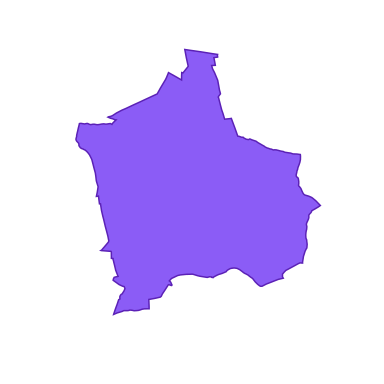 the district of Calafindesti, Suceava, Romania, rotated 106°
{"feature_id": "2599482B65391270608519", "entity_name": "Calafindesti", "entity_type": "district", "adm_level": 2, "iso_a3": "ROU", "parent_name": "Romania", "parent_adm1": "Suceava", "projection": "albers", "projection_center": [26.102, 47.86], "detail": "fine", "context": "isolated", "style": "filled", "palette": "violet", "viewbox_px": 384, "rotation_deg": 106, "n_neighbors": 0, "source": "geoboundaries", "source_scale": "gbopen_adm2", "svg_char_len": 4983}
<svg xmlns="http://www.w3.org/2000/svg" viewBox="0 0 384 384"><g transform="rotate(106 192 192)"><path d="M331.3,233.6L330.4,232.5L328.8,230.5L328.3,229.7L327.8,228.9L326.7,227.2L325.7,225.7L325.0,225.2L324.8,224.7L323.8,221.2L323.3,220.1L322.7,219.3L322.4,218.2L322.2,216.7L322.1,214.9L321.1,212.1L320.5,210.7L319.5,209.1L318.4,207.6L317.4,205.4L316.7,203.1L316.1,201.0L313.2,201.9L307.2,203.9L304.6,198.6L301.8,193.5L300.7,192.8L298.2,192.4L293.8,191.0L289.8,189.8L287.8,189.2L287.5,188.8L287.5,187.3L287.6,186.3L287.5,185.8L286.9,185.6L286.4,186.0L285.8,186.6L285.4,186.9L284.6,187.5L284.1,188.3L283.7,189.3L280.8,187.9L276.2,182.7L274.9,180.3L273.9,177.8L272.6,174.5L272.0,172.5L270.9,169.1L270.8,168.2L270.9,163.7L270.8,161.3L269.9,153.8L269.4,153.0L269.1,152.5L268.6,151.8L268.6,151.5L268.3,150.0L268.3,149.6L268.6,149.5L268.5,148.6L268.5,148.1L267.7,147.7L266.3,146.3L264.8,144.7L263.6,143.2L263.1,142.3L261.9,140.5L259.2,137.2L258.6,137.0L257.5,136.5L255.3,134.4L254.6,133.3L253.8,131.5L253.4,130.5L253.1,128.5L253.0,127.6L253.5,124.8L254.7,121.6L255.3,120.3L255.7,118.8L255.9,117.4L256.4,115.2L256.9,114.1L257.7,112.1L258.2,110.5L258.9,109.2L259.7,108.2L261.0,106.4L262.6,103.5L263.6,101.0L263.7,100.0L263.3,98.7L260.0,95.2L256.9,91.1L252.3,85.1L249.7,80.5L248.9,81.3L248.2,81.8L247.2,82.0L245.9,82.4L245.2,82.0L243.8,81.4L241.5,80.2L239.7,78.3L234.6,73.1L231.8,70.3L230.5,68.8L230.2,67.9L230.0,66.8L229.9,66.4L229.8,66.1L228.9,66.4L224.8,66.9L223.4,67.1L222.5,67.1L219.4,67.0L217.9,67.0L215.1,66.5L214.3,66.2L213.4,66.3L210.5,66.9L208.4,67.8L207.5,68.2L206.5,68.5L205.3,69.5L204.6,69.9L202.6,70.6L201.9,70.8L201.1,71.0L199.5,71.3L198.6,71.4L197.8,71.5L196.4,71.5L194.8,71.8L193.5,72.1L191.9,73.0L191.1,73.2L190.0,73.2L186.7,72.7L185.9,72.6L184.6,72.6L183.6,72.8L182.9,73.2L182.0,73.2L181.6,73.2L180.6,72.8L179.1,72.0L177.9,71.7L177.4,71.7L177.0,71.7L173.5,68.3L171.6,66.5L169.6,64.9L166.4,70.4L164.8,74.0L164.3,75.3L164.1,76.4L163.8,78.8L163.8,80.7L163.8,82.2L163.7,83.1L163.3,84.0L162.5,85.0L160.6,86.7L158.6,88.3L157.4,89.9L156.7,91.1L156.1,91.5L154.8,91.6L152.4,92.3L150.0,93.4L149.2,94.0L148.6,95.5L148.0,96.2L146.7,96.6L144.3,96.7L142.8,96.9L141.2,96.7L139.5,96.9L136.2,96.6L133.7,96.5L131.0,96.7L127.6,97.6L126.1,98.2L126.6,101.7L127.5,105.2L127.5,106.6L127.4,107.9L127.7,109.8L127.9,111.5L128.2,113.8L127.9,115.6L128.0,116.2L128.2,118.0L128.2,120.0L128.3,122.6L128.7,124.4L129.1,125.1L129.1,125.9L128.9,127.6L129.1,128.9L129.0,129.8L128.9,130.7L129.0,131.5L128.8,132.7L128.6,134.0L128.1,135.1L127.7,136.8L127.1,139.2L126.4,142.1L125.5,144.5L125.4,147.7L125.3,149.4L125.1,150.2L125.1,151.1L126.0,152.0L126.2,153.3L126.3,154.7L126.0,155.8L125.9,156.7L125.6,157.2L125.3,157.6L125.4,158.5L125.6,159.0L125.7,159.5L125.6,160.7L125.5,161.8L125.6,162.7L125.7,163.4L119.1,168.1L110.4,174.5L110.6,174.9L111.2,176.2L113.0,180.7L108.1,183.8L104.7,186.2L101.0,188.4L95.0,191.9L93.8,192.6L93.5,193.0L92.1,192.6L89.8,191.7L88.0,192.7L86.6,193.6L80.7,196.5L77.5,198.1L71.1,203.2L67.9,206.2L65.0,208.0L63.8,204.5L61.3,205.7L56.8,208.0L55.3,204.6L55.2,204.5L53.9,205.1L53.5,205.3L53.1,205.3L52.7,205.3L53.3,209.7L54.9,222.9L56.2,232.1L57.0,238.2L64.6,234.4L72.0,230.4L72.3,230.3L75.9,231.8L80.0,233.5L80.0,234.8L83.3,234.0L87.2,232.9L85.6,239.4L83.7,247.5L84.8,247.6L89.2,248.1L91.4,248.5L94.4,249.3L101.2,251.1L107.3,252.5L117.1,263.8L120.5,267.7L123.9,271.7L126.7,274.9L130.1,278.8L132.7,282.0L135.2,284.6L136.8,286.3L140.4,289.4L141.5,290.7L142.7,292.9L143.2,293.4L143.6,290.6L143.5,288.7L143.6,287.5L143.8,286.2L143.6,284.9L145.7,286.1L147.9,287.3L149.1,287.6L148.9,288.3L148.7,289.4L149.8,291.8L150.5,293.4L150.8,295.6L151.5,297.4L152.7,299.8L153.3,301.2L153.6,302.7L153.7,304.2L154.1,305.8L154.8,307.2L155.2,308.1L155.2,309.5L154.9,311.1L155.2,312.2L156.2,314.0L156.4,315.7L156.6,317.5L156.9,318.5L157.3,319.1L158.4,319.0L161.9,318.9L165.0,318.7L167.6,318.6L169.2,318.5L170.5,318.2L172.5,318.2L173.8,317.9L174.9,316.9L175.5,315.9L176.4,314.4L177.5,313.8L178.7,313.4L179.6,312.3L180.1,311.7L180.3,311.3L180.6,310.3L180.7,309.7L180.7,308.7L181.0,307.5L181.1,307.0L181.1,306.5L181.9,304.6L183.0,302.8L183.7,301.9L184.4,300.9L185.8,299.6L188.1,297.5L189.0,296.9L192.4,294.9L196.5,292.5L200.3,290.2L203.6,288.7L207.3,287.2L208.4,286.6L212.8,283.7L218.5,283.0L222.6,282.7L221.7,280.8L228.9,277.7L228.6,276.7L234.7,273.9L239.6,271.2L242.8,269.3L248.7,266.0L254.9,262.3L257.8,260.6L260.8,259.1L261.7,258.6L262.5,258.5L262.9,258.5L263.5,258.7L266.0,259.8L272.8,262.9L273.3,263.4L273.3,262.9L271.4,253.5L271.9,253.0L278.0,251.2L277.9,250.6L277.7,249.6L278.1,249.6L280.0,248.4L281.1,247.8L282.5,247.0L283.9,246.2L285.5,245.3L286.9,244.5L288.1,243.9L293.5,239.8L294.8,242.2L295.5,243.3L297.2,243.6L298.6,243.5L299.2,241.8L301.1,236.5L301.7,232.7L301.6,231.1L303.4,229.8L305.8,230.1L309.2,231.1L310.0,231.9L311.2,232.4L312.7,232.5L314.7,231.8L315.7,232.8L320.8,233.0L321.7,233.1L324.5,233.3L326.0,233.4L330.6,233.6L331.3,233.6Z" fill="#8b5cf6" stroke="#5b21b6" stroke-width="1.5"/></g></svg>